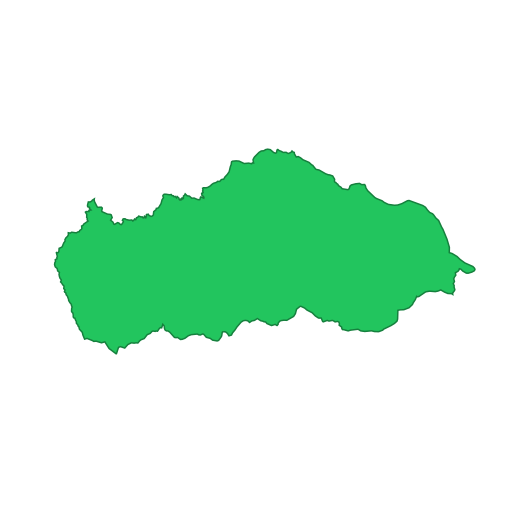 Thathom, Vientiane, Laos (Natural Earth projection), rotated 154°
{"feature_id": "54806243B97647332692488", "entity_name": "Thathom", "entity_type": "district", "adm_level": 2, "iso_a3": "LAO", "parent_name": "Laos", "parent_adm1": "Vientiane", "projection": "natural_earth1", "projection_center": [103.67, 18.993], "detail": "fine", "context": "isolated", "style": "filled", "palette": "green", "viewbox_px": 512, "rotation_deg": 154, "n_neighbors": 0, "source": "geoboundaries", "source_scale": "gbopen_adm2", "svg_char_len": 6126}
<svg xmlns="http://www.w3.org/2000/svg" viewBox="0 0 512 512"><g transform="rotate(154 256 256)"><path d="M176.2,332.3L177.0,333.0L177.6,334.6L178.8,333.9L181.4,333.8L182.4,334.3L183.5,336.0L186.2,337.2L187.5,339.1L188.9,340.5L189.7,342.2L190.6,342.1L192.3,339.9L193.5,339.9L194.8,341.3L196.5,345.3L198.7,346.9L200.7,347.4L202.9,347.2L205.3,348.1L207.9,347.8L213.9,345.7L215.2,344.9L216.5,343.8L217.4,340.6L218.5,341.3L219.4,340.8L221.9,342.7L226.1,344.3L229.6,348.7L232.1,350.2L235.5,351.5L236.6,351.4L237.1,350.8L238.1,349.2L240.0,347.4L243.2,343.5L246.0,341.9L249.4,340.6L251.5,339.1L252.8,339.8L254.2,339.7L255.9,338.9L257.9,340.0L259.1,339.5L262.4,340.0L265.0,339.6L265.7,339.1L269.1,338.8L271.0,339.2L273.3,340.4L274.3,340.3L274.7,338.5L275.5,337.9L275.6,336.4L276.0,336.4L276.6,335.8L277.3,336.2L277.5,336.0L278.0,334.0L277.2,332.8L277.1,331.5L277.6,330.8L279.7,333.3L280.2,333.1L281.7,331.3L282.3,331.4L283.9,332.5L286.2,335.2L288.4,336.1L289.6,339.0L291.5,340.3L292.4,342.9L293.5,342.0L294.9,341.7L296.1,339.5L296.6,339.6L297.0,340.6L298.2,340.3L297.6,339.7L297.8,339.3L299.0,339.3L299.9,339.7L300.2,340.4L299.9,341.8L300.8,344.0L302.0,343.1L302.5,345.0L303.7,345.2L303.9,346.4L305.0,347.0L305.2,348.4L307.0,349.0L309.7,350.9L311.5,351.8L313.0,351.3L313.4,350.8L313.6,349.0L315.8,347.7L318.4,344.7L322.3,342.2L323.7,342.1L324.7,342.5L325.5,341.5L328.5,340.7L330.3,337.9L331.5,337.4L333.0,337.6L334.3,339.3L334.6,340.9L335.4,340.9L336.0,341.3L336.5,341.1L336.9,340.1L338.3,338.6L338.5,338.7L338.3,339.4L338.6,340.7L339.1,340.6L339.5,339.5L340.6,339.6L340.9,339.9L341.1,341.1L342.2,341.5L343.9,343.3L345.5,342.6L346.6,342.8L348.2,341.4L348.9,342.5L350.4,341.6L351.4,341.5L351.8,342.8L354.2,343.7L356.7,345.7L357.4,346.9L359.1,347.6L360.5,346.6L360.0,345.4L360.2,344.8L363.1,343.2L364.1,343.8L364.8,345.8L365.8,346.7L369.2,346.4L369.7,346.7L369.8,349.4L371.0,351.9L368.4,353.6L368.1,356.5L368.6,357.2L371.1,358.7L375.0,363.4L374.9,364.2L373.3,366.2L373.2,366.9L373.6,367.7L376.8,369.1L377.2,369.7L377.3,375.7L376.8,377.5L376.3,378.2L378.7,377.9L379.5,377.4L381.5,377.3L383.0,378.1L385.2,375.5L385.6,374.4L385.6,373.9L384.4,372.8L384.4,372.2L384.9,371.6L384.2,369.7L386.2,370.2L386.6,369.2L389.2,370.4L390.1,370.2L389.9,367.5L391.3,364.9L391.1,363.8L391.9,362.5L391.6,361.0L396.9,360.2L397.9,359.4L399.6,359.4L400.5,357.0L401.2,356.5L403.3,356.2L404.2,355.3L405.4,355.7L407.4,355.6L411.3,358.2L412.9,358.0L414.5,359.2L415.5,357.1L416.8,356.3L419.0,355.6L420.6,354.4L421.0,353.1L423.1,352.0L425.9,349.5L426.7,349.1L429.6,349.2L431.1,346.6L432.1,345.8L432.8,345.8L433.5,346.6L434.0,346.5L434.7,342.8L435.6,342.0L436.2,340.7L438.0,340.7L438.6,339.0L439.8,338.1L440.8,336.6L441.2,334.3L440.2,331.9L440.8,329.6L439.9,327.4L441.1,325.8L441.7,323.6L441.9,321.9L441.5,320.0L441.7,319.5L443.0,318.4L442.4,316.5L442.4,315.0L441.8,313.5L441.8,313.0L443.1,310.9L442.5,309.2L443.8,308.0L443.7,307.2L443.1,306.4L443.6,304.4L443.2,303.0L443.2,301.9L443.5,299.1L443.9,298.1L443.7,295.6L443.2,293.5L443.6,292.3L443.6,290.7L444.5,289.9L446.0,287.3L446.0,286.0L445.6,285.1L446.1,283.2L447.0,281.3L446.8,280.1L446.0,279.5L446.3,277.8L446.2,275.9L446.9,274.3L446.4,272.3L446.6,270.6L446.2,270.0L446.8,267.7L445.6,263.5L446.2,261.0L446.5,256.4L444.0,256.0L440.1,251.7L439.3,250.4L437.0,249.5L432.9,245.7L429.5,245.1L428.6,237.2L424.6,229.4L424.2,229.4L420.0,233.8L419.2,234.2L417.5,233.9L414.3,230.8L410.0,232.6L406.1,232.6L403.7,231.1L401.8,230.5L400.3,229.6L397.6,230.8L396.1,231.1L392.7,230.8L388.2,233.0L385.1,232.8L382.3,233.9L381.3,233.6L379.6,232.4L378.9,232.5L377.5,231.6L374.5,233.3L373.2,233.5L372.3,232.8L369.7,235.5L369.2,233.5L370.1,230.7L370.1,229.2L369.3,227.9L368.1,227.3L366.9,225.4L365.0,218.6L363.8,217.7L362.1,217.1L360.5,214.1L358.9,213.5L356.0,213.2L351.7,214.0L348.7,213.7L343.0,211.6L342.0,210.2L340.6,209.4L338.0,209.3L337.3,208.5L336.3,204.7L333.3,202.1L331.9,199.4L328.2,196.7L326.6,196.5L323.0,198.4L321.9,199.2L319.8,202.2L319.2,202.5L316.7,201.3L315.6,198.9L315.3,196.1L312.7,195.7L310.8,197.2L307.4,198.7L304.2,200.6L298.4,203.1L295.8,203.4L293.8,202.8L291.9,201.5L290.9,199.1L288.3,199.5L285.6,198.8L282.2,199.2L280.1,195.7L278.5,194.5L277.6,193.3L276.3,192.6L275.8,190.5L272.5,186.7L268.7,186.1L267.9,184.6L267.4,184.3L266.0,185.0L265.6,185.9L263.3,187.0L262.0,187.0L259.1,186.1L256.5,184.7L248.7,185.2L245.9,186.9L242.9,190.4L238.5,191.4L237.7,191.1L235.1,187.9L233.9,185.1L230.4,180.4L229.0,176.2L227.3,173.3L226.7,172.6L224.6,171.7L224.8,167.9L224.3,167.3L220.3,166.9L218.9,165.5L215.8,164.7L215.0,164.1L213.8,162.1L211.5,161.5L210.5,160.5L210.6,158.8L211.6,157.3L210.2,154.7L210.7,152.9L210.4,151.8L209.4,151.3L206.0,148.3L203.5,147.9L196.8,145.6L196.1,145.1L194.7,142.8L191.3,140.5L184.9,138.1L182.7,136.2L178.9,134.2L174.6,133.8L173.4,134.3L165.1,134.3L161.1,134.7L157.9,135.6L156.4,137.2L152.3,145.0L150.3,144.5L146.6,142.9L141.1,142.4L136.7,143.8L135.1,145.1L131.9,147.0L129.3,149.3L128.9,148.6L127.4,148.2L119.2,149.4L115.4,148.3L110.5,145.4L107.8,144.7L104.8,144.5L102.3,140.8L100.0,138.2L96.7,136.4L96.0,135.2L95.5,136.5L92.7,137.9L92.0,138.7L91.6,141.3L90.9,142.4L90.8,144.7L88.8,146.1L88.3,148.8L86.7,150.2L84.9,151.1L84.1,153.6L81.2,153.7L79.5,154.6L78.8,155.4L77.6,154.3L76.8,151.9L74.5,148.4L72.7,147.5L69.0,146.9L66.4,147.0L65.8,147.3L65.0,148.1L65.0,149.4L65.7,151.5L71.3,158.2L74.1,163.5L75.5,167.4L78.6,172.2L80.8,174.3L78.4,179.0L77.0,187.3L76.3,198.1L76.5,200.6L76.3,207.9L77.7,211.3L78.4,215.4L78.9,216.7L80.8,219.0L81.8,222.3L82.3,225.5L84.0,228.3L94.1,238.8L95.7,239.3L101.9,239.1L106.3,239.7L109.3,240.9L114.5,244.4L117.3,248.0L118.5,250.4L122.4,254.7L123.5,256.3L127.0,265.7L127.4,269.0L126.9,271.1L127.0,272.6L129.7,273.8L131.2,275.9L134.8,277.2L139.2,278.1L140.8,277.7L142.8,275.6L144.3,275.3L149.1,278.7L149.4,280.4L150.9,282.9L151.1,284.8L151.8,285.9L152.0,287.1L152.7,287.8L152.8,288.7L151.7,290.5L152.0,294.3L154.1,296.5L155.4,297.3L157.4,299.4L161.6,305.6L164.0,307.5L164.5,308.7L164.6,310.1L165.0,310.9L165.2,312.5L166.0,313.6L167.3,316.9L171.6,321.9L172.9,324.7L174.5,326.9L176.4,327.3L176.7,331.0L176.2,332.3Z" fill="#22c55e" stroke="#15803d" stroke-width="1.5"/></g></svg>